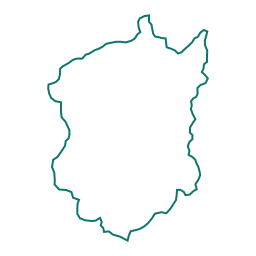 Bonito de Santa Fé, Paraíba, Brazil
{"feature_id": "56859067B84735993458743", "entity_name": "Bonito de Santa Fé", "entity_type": "district", "adm_level": 2, "iso_a3": "BRA", "parent_name": "Brazil", "parent_adm1": "Paraíba", "projection": "robinson", "projection_center": [-38.472, -7.289], "detail": "fine", "context": "isolated", "style": "outline", "palette": "teal", "viewbox_px": 256, "rotation_deg": 0, "n_neighbors": 0, "source": "geoboundaries", "source_scale": "gbopen_adm2", "svg_char_len": 1875}
<svg xmlns="http://www.w3.org/2000/svg" viewBox="0 0 256 256"><path d="M54.6,184.4L59.1,189.5L66.1,190.0L71.5,192.1L73.0,197.7L79.0,199.8L77.6,203.6L77.3,208.8L77.3,213.8L79.9,218.2L85.2,220.3L89.1,220.7L92.2,221.1L95.9,220.5L100.0,217.9L101.7,222.0L100.7,225.4L103.3,228.2L104.0,231.9L108.8,231.4L112.9,234.6L119.9,236.6L127.6,240.6L128.8,235.5L130.8,231.2L135.7,230.1L139.3,229.1L143.9,226.6L148.1,223.1L152.2,218.0L154.8,213.7L161.4,212.2L166.2,213.3L170.5,208.6L176.0,200.0L176.7,194.7L177.0,189.9L180.5,189.9L183.9,192.1L185.5,195.1L189.8,194.6L193.4,191.1L196.7,189.4L195.4,184.2L198.3,179.9L200.2,175.0L199.4,170.8L198.3,166.9L196.4,163.1L195.2,159.6L192.4,157.0L188.6,154.9L189.4,150.7L187.8,146.1L189.4,141.9L192.4,139.2L192.4,134.9L189.9,132.7L190.1,127.4L192.4,123.6L195.4,119.1L192.7,114.1L190.9,109.1L191.8,105.5L191.1,101.1L193.2,98.5L196.2,96.8L197.6,93.6L197.4,88.0L200.5,85.0L205.6,83.1L207.8,78.4L205.0,75.0L201.9,72.1L203.5,68.6L204.0,64.2L207.0,62.0L207.0,56.9L207.2,50.5L205.2,45.8L204.8,40.9L206.0,36.6L207.3,31.5L203.8,30.0L200.3,32.6L197.9,36.8L194.3,38.5L192.3,42.1L188.8,45.5L184.1,49.7L181.3,52.4L178.1,53.5L174.7,50.3L170.5,48.5L166.7,47.3L166.1,42.6L165.6,38.4L161.9,38.1L158.7,37.2L155.2,36.6L153.2,33.8L152.3,29.1L151.5,24.7L149.0,21.6L149.0,15.4L144.4,16.1L139.6,18.6L138.1,21.7L138.6,27.2L140.3,32.1L137.6,34.2L134.6,38.7L131.2,40.8L125.5,42.4L120.2,41.7L115.4,41.9L110.1,43.0L106.1,43.8L102.8,46.6L99.0,48.6L94.4,50.4L89.1,53.7L85.8,54.6L82.2,58.6L76.8,58.6L72.8,59.9L68.9,62.9L65.7,64.7L62.7,66.3L60.1,68.8L60.0,74.2L58.9,79.0L56.2,81.7L53.3,83.1L48.5,84.5L48.2,88.3L49.3,93.8L51.1,97.9L55.1,101.1L61.1,102.4L60.9,110.7L61.6,117.3L65.7,122.0L67.7,126.5L69.3,130.0L69.5,134.3L68.6,138.4L65.7,141.0L65.1,145.6L62.6,149.6L57.5,157.0L53.3,159.6L52.0,166.9L54.3,172.9L54.8,180.3L54.6,184.4Z" fill="none" stroke="#0f766e" stroke-width="2"/></svg>